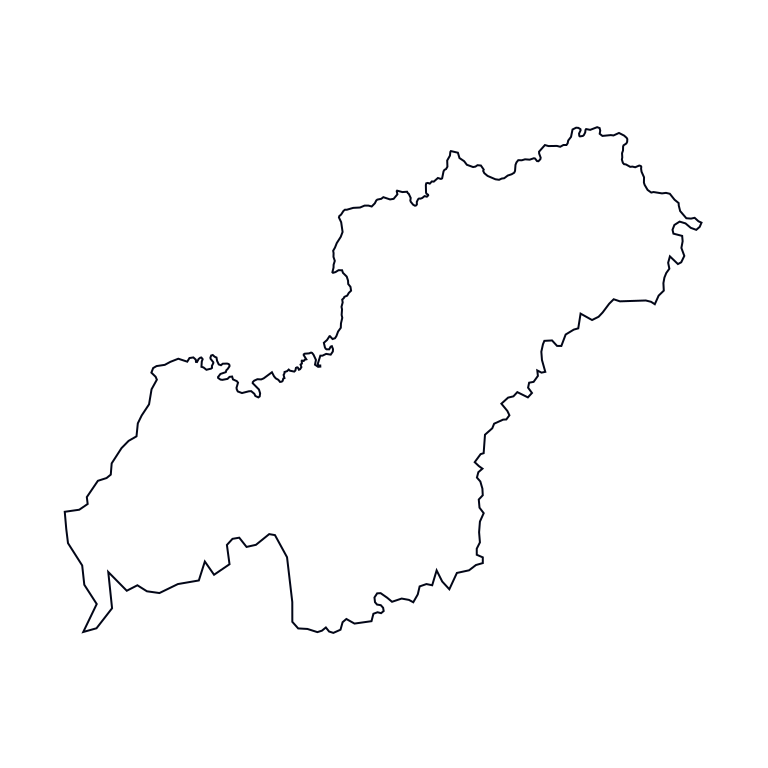 Zémio, Haut-Mbomou, Central African Republic (Natural Earth projection), rotated 177°
{"feature_id": "33826404B4042011562142", "entity_name": "Zémio", "entity_type": "district", "adm_level": 2, "iso_a3": "CAF", "parent_name": "Central African Republic", "parent_adm1": "Haut-Mbomou", "projection": "natural_earth1", "projection_center": [25.196, 5.379], "detail": "fine", "context": "isolated", "style": "outline", "palette": "ink", "viewbox_px": 768, "rotation_deg": 177, "n_neighbors": 0, "source": "geoboundaries", "source_scale": "gbopen_adm2", "svg_char_len": 6133}
<svg xmlns="http://www.w3.org/2000/svg" viewBox="0 0 768 768"><g transform="rotate(177 384 384)"><path d="M709.5,273.1L708.9,255.9L707.9,241.6L694.9,218.6L693.8,199.2L682.4,179.3L697.3,152.1L683.9,155.1L667.3,174.3L669.2,210.7L651.7,191.0L640.8,195.9L631.6,189.4L619.2,187.0L600.3,195.0L579.2,197.5L572.2,216.1L563.7,202.4L547.7,212.1L549.3,231.5L543.4,237.3L536.6,238.1L529.8,228.5L520.3,230.1L506.5,240.1L500.8,238.8L489.9,216.1L487.0,171.0L488.0,151.3L482.5,144.4L473.3,143.4L463.5,139.7L458.9,140.9L454.8,143.9L451.8,139.7L447.6,138.1L440.3,140.9L437.8,148.3L433.9,151.3L426.0,146.3L408.9,147.8L406.6,155.1L402.4,156.4L398.9,155.3L396.2,157.3L396.6,160.6L398.8,163.3L402.5,164.1L404.4,166.6L404.7,171.3L401.8,175.3L398.3,175.3L391.9,170.3L387.4,166.1L377.6,168.8L370.4,167.1L366.2,164.5L361.3,172.1L359.0,180.0L352.1,182.0L346.4,180.5L341.2,195.1L336.2,183.7L329.5,175.6L321.1,191.5L308.8,193.5L301.7,198.4L294.7,200.0L294.4,205.7L300.3,208.6L300.0,214.7L296.5,220.8L296.8,231.0L295.4,241.6L291.2,249.8L295.1,255.5L295.4,263.7L291.2,267.7L291.2,274.3L292.9,281.6L296.1,285.7L294.4,291.0L290.1,294.3L293.6,297.1L297.5,301.2L291.2,308.9L288.1,309.7L285.8,328.1L278.2,334.1L276.1,338.6L266.9,342.2L263.7,342.2L260.4,346.2L262.2,350.6L267.8,358.2L260.8,363.9L255.4,364.9L251.3,368.9L241.0,363.1L236.7,367.3L240.3,372.8L239.0,377.7L234.5,378.3L229.9,384.0L230.2,389.5L226.1,387.1L222.3,387.7L225.0,399.7L225.2,408.0L223.2,415.3L221.6,418.7L213.9,418.7L209.2,413.0L204.9,412.7L200.0,423.9L191.6,428.4L187.1,429.4L184.0,444.0L172.9,437.0L166.2,439.9L161.9,444.0L154.9,452.4L150.2,456.6L144.1,454.2L118.2,453.7L113.0,452.1L109.4,449.5L105.1,457.9L99.7,462.6L99.7,470.1L98.4,475.6L96.3,480.1L93.0,484.2L93.9,490.2L91.8,496.5L84.2,488.4L80.8,490.0L77.4,496.2L79.9,504.3L78.3,510.9L78.5,516.3L87.1,519.0L87.8,522.9L85.7,527.6L80.3,530.7L74.5,528.6L69.5,523.9L64.1,521.6L60.5,524.4L58.5,528.5L61.4,530.0L65.1,533.7L68.7,533.1L73.4,533.7L79.2,541.2L80.3,546.8L80.3,549.3L84.2,552.8L88.6,559.0L92.4,560.1L96.4,559.8L104.8,561.6L107.1,561.2L110.6,564.0L113.3,569.2L113.9,571.5L113.5,576.8L115.7,582.5L116.0,585.5L115.7,587.4L116.2,588.3L117.7,588.8L121.8,587.3L124.5,588.1L126.8,588.0L130.9,590.6L132.8,591.0L133.9,592.4L134.7,595.7L134.2,597.7L134.2,602.0L133.1,604.7L132.8,608.6L132.3,609.8L129.4,611.5L128.5,613.1L128.2,615.8L128.8,617.1L131.2,619.5L136.2,622.4L141.8,620.2L144.5,620.7L152.9,620.3L155.5,622.6L154.8,625.7L155.3,628.3L157.7,629.3L164.8,627.0L168.8,628.0L169.5,627.1L169.9,624.7L171.4,622.1L172.5,621.3L175.4,621.0L176.0,621.6L176.1,623.9L174.4,627.0L174.5,628.2L176.5,629.6L178.7,629.9L182.4,628.3L184.3,621.0L187.3,617.5L188.0,614.8L189.3,613.1L192.3,613.3L195.6,611.7L198.9,612.7L207.3,613.0L210.8,614.2L217.0,607.9L217.0,606.0L215.7,601.8L216.1,600.3L218.1,598.4L219.5,598.6L221.4,601.3L222.5,601.6L226.8,600.4L231.4,601.0L234.7,600.2L238.2,600.5L240.1,598.4L241.2,596.0L242.0,589.9L242.9,588.2L245.5,586.8L249.5,585.7L253.2,583.2L255.7,583.0L258.4,581.9L262.0,582.6L269.7,586.4L272.8,589.3L273.8,591.6L273.2,592.9L275.8,597.1L279.2,597.6L281.3,596.3L283.7,596.0L289.8,598.6L292.3,602.3L296.8,605.7L298.1,611.1L305.0,613.1L305.6,612.3L306.2,608.6L309.2,603.9L309.3,597.7L310.8,595.4L312.4,594.7L313.4,593.3L315.2,586.3L316.4,585.8L319.4,586.9L323.7,583.5L325.6,583.8L327.8,581.7L329.7,582.5L331.3,582.2L331.8,580.5L332.0,573.0L331.7,571.9L330.1,570.7L330.0,570.0L331.4,568.8L333.7,569.5L336.0,567.8L337.8,567.2L339.3,567.4L340.3,566.7L341.7,564.2L341.8,561.5L342.7,560.6L343.7,560.4L345.5,561.5L347.7,564.5L348.1,565.8L347.6,568.4L349.3,572.6L350.2,573.3L350.9,574.8L355.6,574.7L360.8,576.4L361.2,575.9L360.7,572.7L364.7,568.4L368.3,568.0L374.9,570.6L377.0,569.1L381.0,568.5L382.1,567.7L383.7,564.9L387.0,561.9L390.3,563.0L394.0,563.2L398.7,561.5L405.5,561.5L411.9,560.0L413.8,560.1L415.4,559.0L418.0,555.4L419.8,554.1L420.3,552.7L418.3,547.8L417.4,538.0L419.5,533.2L423.8,527.2L425.8,522.8L427.8,519.7L427.5,517.4L427.8,513.6L426.7,509.5L428.1,505.7L428.3,502.9L429.7,498.3L429.1,497.7L426.6,498.3L423.5,500.0L419.9,499.8L419.2,497.2L415.6,493.2L414.5,489.1L414.5,485.7L412.4,482.8L412.0,478.9L414.4,476.8L416.1,474.2L419.0,473.1L419.7,471.8L421.3,470.5L421.0,467.6L422.4,463.3L422.0,460.7L422.7,455.2L422.2,452.3L423.8,446.8L424.2,442.4L427.1,438.8L429.0,434.4L430.5,432.3L433.0,431.6L435.5,434.6L435.9,434.6L438.6,430.9L441.9,428.3L441.1,423.7L440.4,422.3L439.5,421.6L436.9,421.5L435.3,424.1L434.1,424.5L433.1,421.5L433.4,419.1L435.7,416.1L440.2,417.1L444.0,415.5L446.1,415.6L449.1,407.5L448.3,405.8L446.7,405.8L446.7,404.7L448.9,404.6L451.9,406.9L450.7,411.6L452.9,417.0L454.2,418.8L455.2,419.2L457.2,418.5L461.6,418.4L462.6,417.8L462.7,417.1L460.3,412.7L461.9,412.4L463.0,411.2L464.7,411.7L465.0,411.4L464.9,408.7L466.3,407.8L465.6,405.2L467.0,403.2L468.2,402.7L469.2,404.9L469.9,405.2L471.1,404.7L471.8,402.1L473.0,401.1L477.2,402.2L478.4,403.4L480.1,401.9L482.7,401.2L482.9,399.7L483.8,398.3L483.1,395.1L484.3,394.7L485.0,392.5L486.0,391.7L487.7,391.5L489.3,393.7L491.8,395.3L493.4,397.4L495.3,401.6L503.9,395.9L506.4,395.0L510.2,395.4L513.5,394.1L514.9,392.8L515.1,391.7L509.2,385.1L508.2,381.2L508.8,378.1L510.2,377.2L513.1,378.8L514.0,381.0L517.0,383.8L519.3,383.8L526.3,382.4L530.4,384.2L531.3,386.3L531.5,387.9L529.7,393.0L530.9,394.6L534.6,396.5L535.3,399.4L537.9,399.2L540.0,397.3L545.2,396.6L547.1,397.0L549.3,398.7L549.4,399.6L546.8,402.6L541.4,404.1L540.7,406.0L539.3,407.2L537.4,409.7L537.3,410.9L538.1,412.1L539.6,412.6L544.0,412.7L545.8,411.3L548.0,412.2L549.5,415.9L549.9,419.2L551.7,420.1L553.5,421.9L555.1,421.5L556.0,419.4L555.9,418.3L553.3,414.6L553.4,413.7L554.9,411.1L554.9,409.1L555.9,408.4L560.6,407.5L563.4,410.0L565.4,410.7L564.8,416.0L563.8,418.3L565.0,420.0L566.0,419.9L567.8,418.7L569.6,415.7L570.6,415.9L570.7,418.2L573.0,420.5L576.9,420.1L579.3,416.6L588.1,420.0L596.2,417.3L601.9,414.6L610.2,413.8L613.7,412.0L615.7,407.5L611.7,403.2L610.6,400.2L616.4,390.9L619.7,376.0L627.6,365.3L631.9,357.6L633.9,344.7L642.0,340.6L649.5,333.7L660.1,319.0L661.6,307.8L666.0,304.6L674.8,302.3L686.7,286.6L686.2,279.7L694.9,274.4L709.5,273.1Z" fill="none" stroke="#020617" stroke-width="2"/></g></svg>